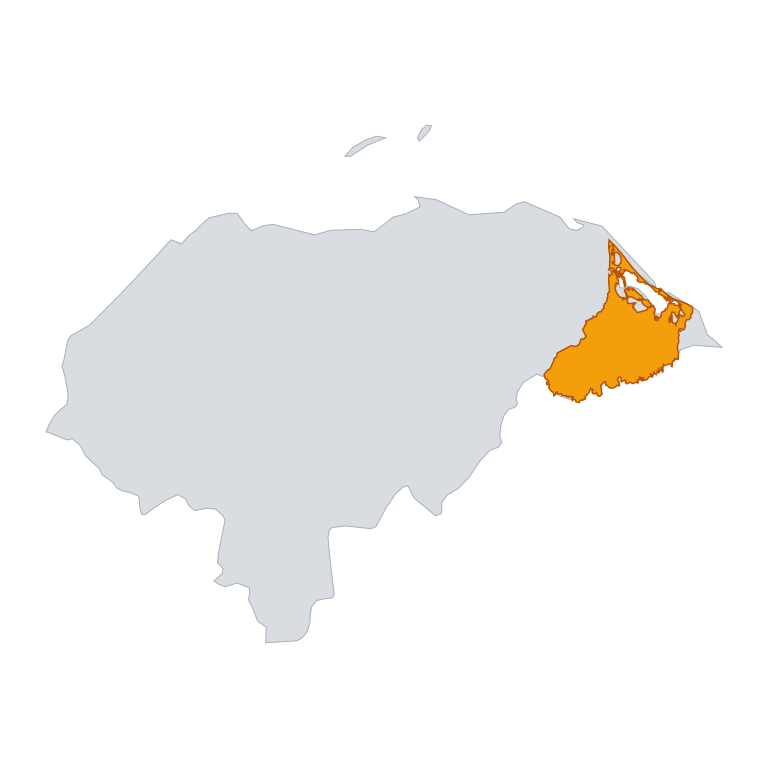 Puerto Lempira, Gracias a Dios, Honduras (highlighted)
{"feature_id": "27666195B20969327250579", "entity_name": "Puerto Lempira", "entity_type": "district", "adm_level": 2, "iso_a3": "HND", "parent_name": "Honduras", "parent_adm1": "Gracias a Dios", "projection": "equal_earth", "projection_center": [-84.066, 15.172], "detail": "fine", "context": "in_parent", "style": "filled", "palette": "amber", "viewbox_px": 768, "rotation_deg": 0, "n_neighbors": 0, "source": "geoboundaries", "source_scale": "gbopen_adm2", "svg_char_len": 8666}
<svg xmlns="http://www.w3.org/2000/svg" viewBox="0 0 768 768"><path d="M721.9,347.4L693.9,345.2L680.7,349.7L674.9,359.9L669.9,364.4L665.8,363.4L657.4,367.4L644.7,376.4L633.3,379.9L623.1,377.7L620.1,379.9L619.3,382.9L617.8,385.7L613.8,387.3L609.3,386.5L604.2,383.3L601.5,384.6L601.2,390.5L598.5,392.1L593.3,389.3L587.4,391.5L580.9,398.5L571.7,400.0L559.9,396.0L550.8,388.3L544.4,377.0L536.6,374.2L523.0,382.6L517.3,392.4L516.1,398.4L517.4,403.8L514.9,407.4L508.6,409.2L503.8,415.9L500.5,427.4L499.8,436.3L501.8,442.5L498.6,447.1L490.3,450.1L480.6,460.0L469.3,476.9L458.0,488.7L446.9,495.4L441.5,502.9L441.8,511.0L441.2,513.6L439.0,514.6L435.4,515.7L414.0,497.9L407.8,485.5L402.5,487.4L395.7,493.6L386.2,507.6L375.9,526.6L371.0,528.7L345.5,525.9L332.1,527.6L329.3,530.1L328.0,537.1L328.7,546.4L332.3,579.9L334.3,593.6L332.3,597.9L325.4,598.6L316.5,600.5L311.6,606.8L310.4,613.3L309.9,622.4L307.1,631.8L301.5,638.5L296.1,640.9L265.7,642.7L266.3,627.2L257.5,621.0L252.6,608.0L248.3,599.3L249.8,594.0L249.4,587.8L237.0,583.0L225.4,586.8L218.8,584.3L213.9,581.0L222.4,573.4L223.0,568.7L220.3,565.3L217.5,563.1L218.4,554.4L220.2,544.2L225.0,520.3L223.3,516.2L215.6,509.0L205.8,508.3L195.0,510.5L189.8,506.8L185.3,498.6L177.7,494.7L164.0,501.3L149.5,511.1L145.0,514.7L141.4,514.2L139.8,506.9L139.1,498.1L138.2,495.9L130.6,492.8L121.6,490.6L117.0,488.1L112.7,482.3L102.0,474.6L99.6,468.9L85.4,455.8L82.5,449.3L79.3,444.6L72.4,438.6L67.0,440.0L48.8,432.5L46.1,431.9L48.7,425.3L54.5,415.2L67.1,403.9L68.2,394.8L65.1,377.3L61.9,366.0L63.7,360.9L67.8,340.5L70.8,335.8L89.0,325.5L90.7,324.1L105.1,309.6L121.0,293.6L137.6,276.0L156.0,256.3L166.2,244.8L171.0,239.8L181.5,243.9L189.9,234.6L194.7,231.4L206.0,220.3L209.5,217.8L228.3,213.3L237.4,213.4L245.3,224.7L251.5,230.9L263.5,225.6L273.4,224.4L314.5,234.9L330.8,230.3L360.8,229.3L374.3,231.9L393.4,217.0L405.6,214.0L420.0,207.0L418.1,199.9L414.7,196.7L436.6,199.8L469.1,214.9L503.9,212.2L516.4,204.0L524.5,201.7L560.1,217.2L569.5,229.1L576.8,230.3L582.5,227.6L584.0,225.1L577.0,222.5L573.8,218.8L601.9,226.1L654.7,282.5L655.8,287.1L633.2,270.4L621.3,271.7L618.1,274.3L618.8,283.5L619.9,287.7L625.0,288.2L628.8,285.8L638.1,288.7L644.3,294.8L651.8,304.0L656.3,314.1L661.1,314.3L665.9,308.2L674.9,307.5L680.7,314.3L684.8,313.9L679.1,303.4L665.5,292.9L668.7,292.5L698.8,311.3L707.4,334.8L714.5,340.2L721.9,347.4ZM367.8,145.0L350.3,156.4L344.9,156.2L352.9,147.4L365.8,139.9L376.7,136.2L385.6,137.8L367.8,145.0ZM427.4,132.9L419.1,141.3L417.6,137.5L421.6,129.7L426.6,125.3L431.4,125.7L430.2,129.1L427.4,132.9Z" fill="#d9dde1" stroke="#a8b0b8" stroke-width="1"/><path d="M608.6,279.5L609.5,291.4L607.6,293.7L607.9,296.3L607.0,298.5L607.2,299.6L605.5,303.4L604.3,303.8L603.7,306.5L604.0,308.2L602.1,309.7L601.3,311.6L599.0,312.0L597.2,313.4L597.1,314.6L595.6,317.1L593.2,316.1L593.2,317.9L592.1,318.0L591.8,318.9L590.0,318.9L589.2,319.9L585.9,320.8L585.8,322.5L586.5,322.7L586.3,324.2L584.6,325.4L584.2,327.5L583.0,328.6L582.8,329.9L585.0,334.6L585.9,335.0L585.7,337.1L583.3,339.2L580.9,339.1L579.4,343.9L577.1,345.9L575.4,346.4L571.2,345.6L557.3,353.0L556.6,356.7L554.2,358.4L553.8,360.6L550.1,368.7L547.4,370.4L544.3,374.1L544.1,374.9L545.2,378.1L548.0,380.0L548.6,381.4L548.4,382.5L546.5,382.3L546.7,384.0L547.2,384.6L549.2,384.1L548.8,388.0L551.7,391.5L553.1,392.1L553.9,394.3L553.8,395.8L554.9,395.2L556.2,392.1L557.1,392.2L557.5,394.3L561.3,393.7L561.9,395.5L563.5,395.3L565.1,396.1L566.2,395.4L567.1,396.9L568.6,396.3L569.1,397.4L570.3,396.5L572.9,396.6L573.3,397.7L571.7,398.3L572.6,400.5L573.2,399.5L574.7,399.5L575.3,399.9L575.9,401.7L579.3,402.6L580.0,400.2L582.9,400.2L583.9,399.0L585.1,399.2L585.5,398.5L585.1,396.9L588.6,393.2L590.7,388.3L593.0,389.7L591.9,391.4L592.6,393.4L594.9,393.9L596.4,392.7L597.7,395.7L599.5,396.3L600.5,395.7L602.2,393.8L601.3,392.4L601.6,390.0L600.6,385.8L604.3,381.6L605.7,381.9L605.9,385.2L606.9,385.2L609.2,387.6L611.4,388.2L614.1,387.7L617.0,385.4L619.5,385.8L619.2,383.3L617.5,379.8L618.0,377.7L619.4,376.9L620.9,377.5L621.4,381.8L625.1,380.0L625.8,380.9L625.4,382.7L627.2,383.8L629.5,382.2L633.1,383.6L636.0,382.1L637.7,383.1L638.4,382.0L637.4,379.9L639.2,379.7L639.4,377.0L640.1,377.4L640.3,379.2L641.3,377.8L642.0,377.9L641.4,380.1L641.9,380.9L642.5,380.5L642.5,378.3L643.0,377.8L643.6,378.2L644.0,380.4L647.1,379.4L649.1,376.8L651.2,376.5L652.5,377.1L652.7,376.0L650.7,375.2L650.3,373.9L653.1,374.9L654.1,372.2L654.8,373.7L656.4,374.6L657.2,371.4L657.8,371.3L658.6,372.7L659.6,371.5L658.3,369.8L658.5,368.9L659.8,370.6L662.0,370.1L662.3,372.0L663.1,371.4L662.9,368.5L661.0,368.7L660.9,368.0L663.3,366.7L663.5,364.4L664.6,365.6L669.8,363.7L671.4,364.3L671.4,366.5L672.1,366.7L672.4,361.2L674.3,360.7L674.3,358.8L674.9,358.4L675.9,359.4L677.0,358.4L677.7,359.4L678.3,359.1L678.5,353.3L677.4,348.1L677.7,344.8L678.7,342.4L678.5,336.7L679.1,334.7L678.3,333.1L678.9,331.2L680.9,331.1L680.7,330.3L678.8,330.0L679.8,328.5L682.0,328.8L683.0,330.0L684.3,329.3L685.5,326.0L684.9,323.1L686.6,319.7L688.1,319.8L690.6,318.2L691.0,314.5L692.3,313.4L692.6,312.1L692.6,307.1L686.7,303.8L672.5,298.3L665.7,293.6L660.5,288.5L660.1,289.9L660.7,289.7L660.8,291.1L659.4,292.1L660.5,290.9L660.2,290.2L659.2,291.4L658.6,294.0L662.5,295.6L663.9,296.8L664.3,298.3L665.0,297.1L666.6,300.6L667.3,297.7L668.1,299.8L670.5,299.8L668.4,300.6L669.9,301.3L670.7,302.6L673.4,300.6L667.2,296.2L678.3,301.8L678.8,303.0L681.2,304.7L681.1,306.3L680.1,307.8L681.3,309.0L682.3,311.5L684.6,313.8L684.8,315.0L682.6,316.8L681.1,315.3L678.3,315.7L679.0,317.4L677.4,321.4L676.0,322.9L675.8,326.3L675.6,323.5L673.1,323.2L672.2,322.1L672.0,315.6L670.5,318.0L670.7,321.3L669.4,322.4L668.9,319.3L669.7,317.3L671.3,316.0L671.0,314.6L671.8,312.3L673.0,312.0L674.5,313.0L677.1,317.7L677.9,317.8L678.7,317.2L677.8,315.5L679.4,314.6L679.0,312.0L681.2,309.3L679.6,307.8L679.0,303.4L678.6,305.4L674.9,305.3L674.3,303.7L670.0,303.8L670.0,302.3L668.4,303.7L667.3,308.4L665.4,309.3L664.9,310.7L661.6,312.3L660.7,316.9L659.9,317.7L658.4,317.6L657.6,321.3L657.5,318.4L658.1,317.2L656.9,316.3L656.3,316.5L656.5,317.5L655.9,317.6L655.9,318.7L655.5,316.8L655.7,320.2L654.6,319.6L655.1,318.6L654.5,317.1L655.0,316.3L654.0,312.9L655.2,309.3L653.2,305.4L652.2,305.7L651.6,307.0L648.6,307.8L650.8,305.5L651.0,303.8L649.3,302.5L648.2,300.3L644.6,299.6L642.8,298.2L641.6,295.9L638.9,294.1L634.1,289.3L633.0,288.7L633.3,289.9L632.7,290.3L632.3,289.3L632.6,288.4L628.0,287.6L627.6,288.4L628.3,288.2L628.7,289.6L630.3,290.2L628.2,290.2L626.7,288.8L625.0,289.5L624.5,290.8L625.8,291.6L625.2,292.2L626.0,292.5L626.5,294.5L628.7,296.8L631.7,297.0L638.4,300.4L639.8,300.5L639.9,299.7L638.3,298.6L640.5,299.3L643.4,299.1L643.4,299.8L641.3,299.6L641.0,300.6L642.1,301.4L642.3,303.2L643.7,304.7L647.5,307.1L647.6,308.7L646.8,310.0L637.4,312.6L634.1,308.5L632.8,308.0L632.8,306.3L633.6,306.5L633.2,304.5L634.7,304.4L634.6,303.3L636.3,302.7L630.1,303.6L627.8,303.2L627.3,301.3L628.0,297.1L626.2,295.0L625.6,293.0L626.6,297.1L625.8,299.2L623.5,298.6L622.8,299.7L622.6,298.8L623.9,297.7L621.3,297.6L618.9,296.2L616.4,292.5L615.0,288.3L615.0,286.8L616.0,286.5L615.3,284.4L616.6,283.1L617.1,284.3L618.3,283.9L618.6,281.3L616.8,278.0L616.8,275.0L615.5,274.2L615.1,272.5L613.8,272.0L614.3,271.3L613.7,270.7L611.2,270.6L611.2,272.5L612.3,274.2L610.0,275.7L609.0,274.3L608.6,279.5ZM609.1,240.0L608.6,247.1L609.9,256.0L609.6,267.3L608.8,269.9L612.0,268.1L613.7,268.8L615.1,270.3L617.2,276.1L619.3,277.5L620.6,275.4L619.6,274.6L619.0,274.9L619.4,275.7L618.3,275.2L617.6,271.9L616.5,271.3L616.1,270.1L616.6,268.3L617.9,267.5L620.2,267.1L620.9,267.7L620.7,269.8L619.7,271.5L617.7,271.5L618.3,272.6L622.2,273.5L622.7,274.4L625.0,270.3L623.8,269.9L624.4,269.6L628.3,270.9L632.0,273.5L634.3,272.7L634.5,274.0L637.6,276.8L638.2,280.4L637.3,280.3L638.6,281.9L644.1,282.4L645.6,284.1L647.2,283.9L650.5,286.0L656.0,292.0L658.6,291.5L659.7,288.9L657.0,288.5L649.0,284.4L642.2,278.4L632.6,267.9L621.9,254.0L613.7,244.5L613.2,244.3L612.7,245.3L612.8,246.1L611.8,245.5L613.1,244.0L609.1,240.0ZM613.4,246.8L613.2,247.9L613.9,249.1L613.9,250.0L612.9,250.9L613.0,253.5L612.5,253.7L611.8,252.7L611.5,254.1L614.1,254.9L614.8,252.4L617.3,252.4L619.6,254.7L621.2,258.5L620.8,263.0L618.5,265.4L616.7,265.6L614.7,264.5L613.9,263.1L613.4,263.8L612.3,263.1L612.1,261.9L614.6,261.9L614.3,255.3L611.6,254.7L611.2,254.0L611.8,252.0L612.8,253.3L612.1,249.6L613.7,249.7L612.9,247.7L613.4,246.8ZM610.0,246.5L609.6,247.2L609.0,246.2L609.3,246.0L610.0,246.5ZM624.2,277.3L621.7,275.5L621.1,275.9L621.2,277.0L623.6,280.5L623.6,282.7L624.4,284.5L624.4,286.4L625.0,286.9L625.9,285.2L624.2,277.3ZM622.3,274.6L621.0,273.4L619.5,273.8L622.1,275.6L622.3,274.6Z" fill="#f59e0b" stroke="#b45309" stroke-width="1.5"/></svg>